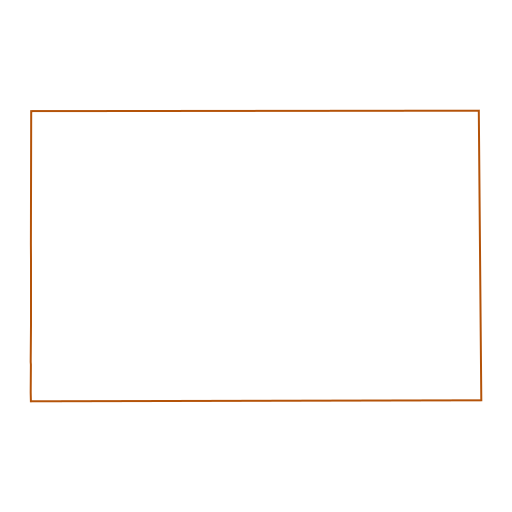 outline of Chase, Nebraska, United States of America
{"feature_id": "52423323B38748584325831", "entity_name": "Chase", "entity_type": "district", "adm_level": 2, "iso_a3": "USA", "parent_name": "United States of America", "parent_adm1": "Nebraska", "projection": "equal_earth", "projection_center": [-101.923, 40.524], "detail": "fine", "context": "isolated", "style": "outline", "palette": "amber", "viewbox_px": 512, "rotation_deg": 0, "n_neighbors": 0, "source": "geoboundaries", "source_scale": "gbopen_adm2", "svg_char_len": 250}
<svg xmlns="http://www.w3.org/2000/svg" viewBox="0 0 512 512"><path d="M31.0,325.6L30.7,362.0L30.9,364.7L30.7,392.3L30.9,401.3L481.3,400.3L478.8,110.7L31.2,111.1L30.9,244.1L31.0,258.9L31.0,325.6Z" fill="none" stroke="#b45309" stroke-width="2"/></svg>